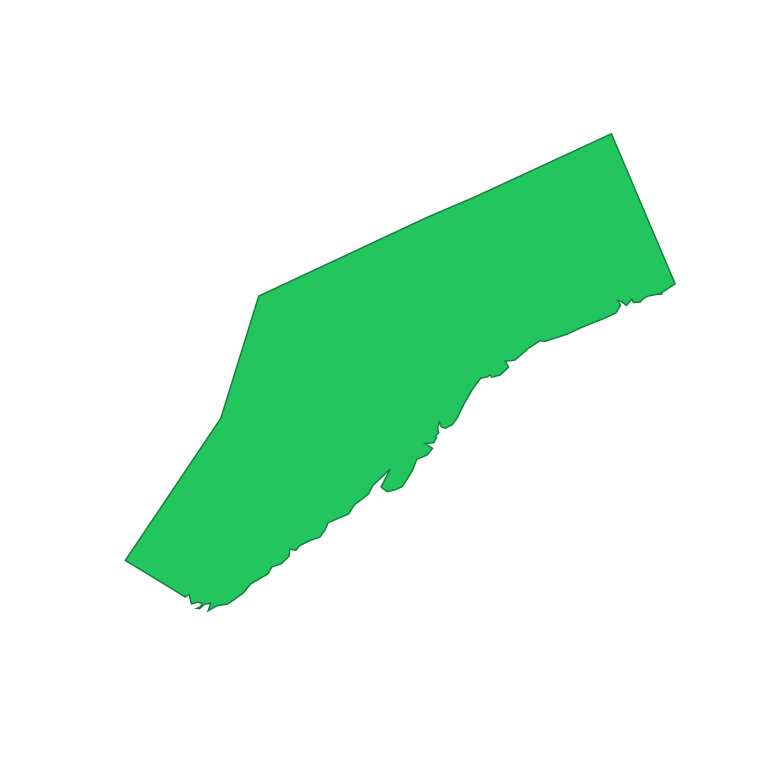 outline of Port Sudan, Red Sea, Sudan, rotated 67°
{"feature_id": "16777658B42019308608710", "entity_name": "Port Sudan", "entity_type": "district", "adm_level": 2, "iso_a3": "SDN", "parent_name": "Sudan", "parent_adm1": "Red Sea", "projection": "robinson", "projection_center": [37.267, 19.497], "detail": "fine", "context": "isolated", "style": "filled", "palette": "green", "viewbox_px": 768, "rotation_deg": 67, "n_neighbors": 0, "source": "geoboundaries", "source_scale": "gbopen_adm2", "svg_char_len": 1437}
<svg xmlns="http://www.w3.org/2000/svg" viewBox="0 0 768 768"><g transform="rotate(67 384 384)"><path d="M445.3,691.1L465.0,676.9L498.5,652.9L502.6,650.1L501.9,648.6L501.9,645.5L506.0,646.3L509.3,647.0L511.3,647.0L512.0,640.8L514.7,637.0L517.4,640.1L517.4,643.9L518.7,641.6L516.7,635.4L518.1,629.2L520.1,630.8L524.1,634.6L522.8,624.6L525.5,613.7L521.4,595.1L516.0,585.0L513.4,564.9L508.6,558.7L509.3,548.6L505.3,538.5L499.2,535.4L502.6,530.0L499.9,525.4L499.2,513.0L499.9,502.9L495.2,495.2L489.8,489.7L489.8,482.0L489.8,467.3L483.7,458.7L481.0,447.9L479.0,440.9L473.0,433.9L469.9,425.5L464.6,411.3L477.7,427.0L484.4,423.2L485.7,415.7L485.6,407.2L475.6,392.6L466.1,383.2L466.2,372.0L462.2,364.5L454.8,369.6L457.5,361.1L454.8,358.0L454.1,356.5L452.1,357.2L450.1,352.6L445.4,351.8L440.7,347.9L446.1,347.9L448.7,344.8L448.1,337.1L444.0,330.1L438.0,323.1L433.3,317.7L429.2,312.3L423.9,305.3L416.5,292.9L417.8,285.9L417.1,282.8L419.8,282.1L421.2,273.6L417.1,262.7L410.4,263.5L413.1,254.2L409.7,243.3L407.7,237.9L405.0,223.2L407.7,219.3L408.4,210.0L409.7,196.1L409.1,179.8L409.6,154.3L409.1,142.6L404.1,135.6L398.6,136.1L401.8,132.6L406.4,130.2L402.7,122.5L406.4,122.6L408.7,116.1L406.7,111.8L406.2,106.8L407.0,103.1L408.3,97.0L410.1,92.8L408.7,94.3L405.5,76.9L242.5,76.9L243.4,104.0L247.3,228.0L247.3,240.8L247.4,278.9L254.1,464.9L351.8,547.6L436.8,678.0L441.9,685.8L445.3,691.1Z" fill="#22c55e" stroke="#15803d" stroke-width="1.5"/></g></svg>